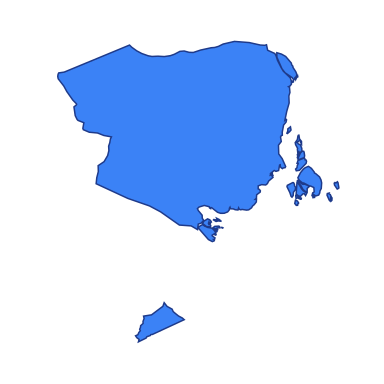 San Fernando, Buenos Aires, Argentina, rotated 6°
{"feature_id": "61730980B31085500015034", "entity_name": "San Fernando", "entity_type": "district", "adm_level": 2, "iso_a3": "ARG", "parent_name": "Argentina", "parent_adm1": "Buenos Aires", "projection": "albers", "projection_center": [-58.481, -34.246], "detail": "fine", "context": "isolated", "style": "filled", "palette": "blue", "viewbox_px": 384, "rotation_deg": 6, "n_neighbors": 0, "source": "geoboundaries", "source_scale": "gbopen_adm2", "svg_char_len": 6085}
<svg xmlns="http://www.w3.org/2000/svg" viewBox="0 0 384 384"><g transform="rotate(6 192 192)"><path d="M114.5,52.4L52.4,86.1L47.0,87.5L46.5,88.9L46.4,91.1L47.1,93.4L53.4,100.0L57.0,105.2L63.8,113.0L67.9,116.4L68.1,117.0L67.7,117.7L65.7,119.7L67.9,128.3L70.1,131.8L71.1,132.7L77.2,134.4L76.8,140.1L77.4,141.4L83.6,143.3L91.9,143.2L98.4,145.0L106.1,145.6L105.3,147.9L105.1,151.5L104.3,155.1L105.0,159.5L104.3,164.6L101.4,171.0L95.9,175.6L96.7,181.5L95.8,187.7L95.8,193.8L128.9,205.1L151.2,210.3L162.8,215.0L182.9,226.2L194.7,225.8L201.4,228.8L201.6,223.2L204.2,222.1L206.6,219.0L205.0,217.1L204.5,214.0L200.3,209.9L199.1,208.0L200.6,206.2L205.6,204.1L210.6,204.8L211.1,206.0L212.2,206.5L212.1,205.6L213.1,205.5L219.5,209.5L222.6,210.2L226.2,209.8L229.5,208.1L230.9,206.0L230.9,204.1L231.4,203.1L232.1,204.7L234.9,204.5L236.7,205.1L239.6,205.1L240.0,202.9L240.9,204.3L242.4,204.6L243.6,204.1L248.2,204.3L250.3,203.8L252.9,201.5L253.7,199.6L255.2,198.1L257.0,195.2L256.9,192.4L255.7,192.6L256.7,191.4L256.6,188.0L259.8,185.0L259.9,183.7L258.8,182.4L257.5,182.0L257.2,179.0L260.4,177.4L264.6,177.3L266.1,175.8L267.1,173.1L271.0,169.0L270.4,168.2L270.9,167.2L270.5,166.6L269.6,167.1L269.5,166.5L268.1,167.1L268.2,166.5L270.0,165.4L269.9,164.6L269.2,165.3L268.4,165.1L271.5,162.0L273.3,162.7L275.9,161.6L276.3,156.0L276.9,155.7L277.1,157.3L278.0,158.5L279.5,159.3L280.3,158.5L282.0,158.1L282.5,156.9L278.2,149.4L274.3,145.1L273.1,136.4L275.5,132.5L274.3,128.0L275.0,126.5L275.9,126.1L275.5,123.0L276.1,115.8L278.2,112.7L278.5,110.3L277.8,109.7L276.9,110.8L277.8,101.9L279.3,93.3L278.3,86.3L279.0,82.8L278.0,77.6L277.0,77.2L278.6,76.1L279.6,74.3L279.0,70.7L277.7,68.1L270.2,62.3L267.7,59.0L263.3,52.2L261.4,47.8L259.9,45.6L252.4,43.1L250.7,37.8L249.0,38.5L244.6,38.7L233.3,37.4L218.5,37.8L207.5,41.6L203.1,44.4L199.4,45.9L196.1,46.5L185.8,49.9L178.7,53.1L174.5,53.4L169.5,52.6L165.3,53.4L160.0,56.9L156.2,58.7L150.3,60.2L143.9,60.5L138.0,61.4L134.1,61.1L127.5,59.5L122.3,57.4L116.9,54.3L114.5,52.4ZM154.4,346.6L161.6,342.1L162.3,340.6L165.5,339.1L165.9,338.1L167.5,337.8L197.6,319.8L195.5,318.3L191.5,316.7L186.9,313.7L185.7,312.8L184.5,310.6L179.2,308.4L175.9,305.0L175.0,308.7L164.6,318.4L156.8,320.5L157.6,322.8L156.8,325.8L157.1,327.8L154.9,330.3L154.9,332.1L154.3,334.0L155.1,335.3L153.8,337.3L153.1,339.6L150.9,340.9L152.4,342.7L154.8,344.1L154.4,346.6ZM320.0,169.4L319.0,166.4L317.2,163.6L313.0,160.7L311.8,160.3L311.5,159.4L308.3,156.0L305.1,154.3L302.0,156.0L300.3,157.7L297.9,161.4L295.8,166.8L297.4,169.1L301.1,171.5L302.2,171.7L302.3,171.4L308.1,173.7L309.4,173.7L312.7,174.8L313.5,179.1L312.1,180.3L311.8,182.4L312.8,181.6L315.5,183.0L318.3,181.8L319.1,179.7L319.2,177.5L320.2,175.0L320.0,169.4ZM281.5,70.0L282.1,69.2L282.4,67.5L283.1,67.0L283.8,65.6L283.9,63.9L282.6,61.5L279.3,57.4L279.2,56.4L277.8,55.0L277.3,53.4L271.0,47.4L266.6,45.5L261.8,44.6L262.3,49.0L268.6,60.1L272.1,63.7L279.7,67.8L281.5,70.0ZM207.8,225.2L208.1,224.5L205.9,223.3L202.7,225.6L202.1,227.2L213.3,237.6L217.4,239.2L219.1,238.3L219.4,237.3L218.6,236.9L219.1,236.8L219.7,235.3L216.8,233.6L216.5,232.9L218.6,231.2L219.0,231.2L219.2,232.2L220.1,232.4L220.4,231.7L219.6,230.2L220.0,229.9L217.3,227.1L215.5,225.9L211.1,225.6L208.2,224.5L207.8,225.2ZM301.1,148.2L300.7,147.0L299.9,146.5L294.1,149.6L293.5,152.4L294.5,152.2L294.7,152.6L293.9,154.9L293.9,156.8L292.6,158.4L293.5,160.0L296.6,159.2L302.5,151.6L302.7,149.4L302.0,148.2L301.1,148.2ZM292.0,186.7L293.0,185.0L292.9,181.7L294.4,179.1L294.6,176.6L293.4,175.2L293.0,173.5L292.0,172.1L291.2,172.1L286.1,175.4L285.9,176.8L289.4,182.4L291.0,186.0L292.0,186.7ZM305.3,183.7L306.3,181.1L302.6,179.3L300.7,177.5L298.1,173.9L296.0,171.7L295.4,171.7L295.8,183.2L298.1,184.6L300.2,185.1L302.6,182.2L303.9,182.0L305.3,183.7ZM297.0,139.6L296.6,137.0L294.9,133.8L292.6,133.0L291.7,131.9L290.0,131.7L289.5,132.1L290.1,134.1L292.5,137.6L292.3,138.3L293.1,142.0L293.8,141.2L294.0,140.0L294.1,140.3L294.1,142.4L292.9,143.6L293.0,144.2L293.6,144.2L293.2,146.5L293.6,146.4L295.0,143.5L295.2,141.9L297.0,139.6ZM301.3,172.8L297.1,170.4L296.1,169.3L295.6,169.7L295.6,170.8L299.4,173.9L302.0,177.7L304.1,179.3L306.5,180.0L306.2,176.4L307.9,174.5L306.6,173.5L303.4,172.5L301.3,172.8ZM210.3,217.1L206.7,219.9L205.9,222.3L210.2,224.9L214.1,224.6L214.1,223.2L213.1,222.4L212.2,222.6L211.6,221.4L212.0,219.9L213.1,221.6L213.6,221.4L213.5,220.4L214.4,219.9L214.0,219.1L212.6,217.8L210.3,217.1ZM300.1,146.0L300.2,144.0L299.4,140.9L298.9,139.9L298.0,139.8L297.1,140.2L295.7,142.0L293.5,148.6L294.2,147.9L294.4,148.8L300.1,146.0ZM336.2,167.4L335.5,166.6L334.2,168.0L333.2,167.6L332.5,168.4L333.0,170.2L336.1,173.9L337.5,173.0L337.6,172.2L336.2,167.4ZM331.9,183.3L331.1,182.4L329.8,180.1L328.1,179.3L328.3,178.8L326.7,179.4L326.6,181.0L329.3,185.7L330.1,186.4L330.5,185.1L330.5,182.6L330.8,182.6L331.4,186.4L332.0,185.7L331.9,183.3ZM298.4,194.2L298.3,193.3L298.6,192.6L299.1,192.4L299.1,191.6L297.7,189.9L295.7,189.5L295.4,192.7L297.1,194.4L298.4,194.2ZM281.3,123.5L281.5,122.8L282.6,122.1L284.0,120.0L283.1,116.9L280.7,119.2L280.9,121.4L280.2,123.6L280.7,123.9L281.3,123.5ZM223.4,224.0L222.3,223.1L218.2,223.8L216.5,225.4L219.1,226.3L221.0,225.1L223.5,224.7L223.4,224.0ZM291.1,131.2L292.7,130.6L293.6,128.8L292.4,124.3L291.9,124.4L291.5,125.3L291.3,128.8L290.1,131.0L291.1,131.2ZM222.9,217.4L216.5,217.1L216.3,217.5L219.0,218.8L221.2,218.0L224.4,218.1L222.9,217.4ZM296.8,184.8L295.8,183.9L295.5,184.7L296.2,187.8L298.8,185.5L296.8,184.8ZM312.9,185.0L314.5,184.6L314.3,183.3L313.1,182.9L312.5,183.3L312.9,185.0ZM299.3,186.2L298.0,187.0L300.7,187.9L301.4,187.6L301.4,186.7L299.3,186.2ZM218.4,227.0L218.4,227.6L219.9,229.1L220.4,228.4L221.0,228.5L220.9,227.6L218.4,227.0ZM295.9,132.7L295.6,130.2L294.7,129.3L294.6,131.1L295.9,132.7ZM283.4,69.3L284.2,67.1L285.2,66.4L284.9,65.4L283.0,68.2L283.4,69.3ZM221.5,226.9L220.6,226.1L219.2,226.8L221.2,227.2L221.5,226.9ZM280.7,72.3L281.3,72.0L281.3,71.0L280.3,71.1L280.7,72.3ZM220.8,216.1L219.2,215.5L219.6,216.3L220.8,216.1ZM226.5,224.4L225.4,224.0L225.2,224.4L226.3,224.7L226.5,224.4Z" fill="#3b82f6" stroke="#1e3a8a" stroke-width="1.5"/></g></svg>